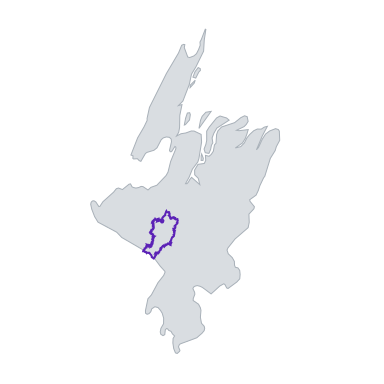 location of Mymensingh, Dhaka, Bangladesh, rotated 212°
{"feature_id": "16705992B54511139091050", "entity_name": "Mymensingh", "entity_type": "district", "adm_level": 2, "iso_a3": "BGD", "parent_name": "Bangladesh", "parent_adm1": "Dhaka", "projection": "equal_earth", "projection_center": [90.455, 24.722], "detail": "fine", "context": "in_parent", "style": "outline", "palette": "violet", "viewbox_px": 384, "rotation_deg": 212, "n_neighbors": 0, "source": "geoboundaries", "source_scale": "gbopen_adm2", "svg_char_len": 9440}
<svg xmlns="http://www.w3.org/2000/svg" viewBox="0 0 384 384"><g transform="rotate(212 192 192)"><path d="M143.4,271.1L143.4,262.0L138.6,243.9L138.8,242.0L137.8,233.3L136.6,228.5L136.0,223.3L139.0,216.0L137.8,214.8L131.3,212.6L130.6,210.6L132.0,203.4L127.4,196.6L125.5,191.5L130.6,175.0L131.9,163.5L131.5,161.3L128.5,158.8L123.1,157.7L119.3,155.6L117.1,152.4L115.3,151.1L112.9,152.0L110.0,150.8L107.5,147.6L105.5,143.7L106.3,139.4L110.3,129.3L111.7,129.0L115.1,131.0L116.4,131.0L118.6,127.0L121.8,115.7L132.6,116.6L135.2,116.3L138.0,115.4L139.4,113.9L140.3,112.1L140.0,110.5L136.7,108.4L135.4,106.8L134.5,102.3L133.5,100.6L127.0,100.3L123.6,98.3L121.7,96.4L118.5,90.2L114.4,85.7L110.5,84.6L109.0,83.1L108.2,80.8L108.7,77.4L110.7,70.9L121.5,56.9L121.8,55.3L121.4,53.5L118.3,51.3L118.1,50.2L119.0,47.2L120.8,46.8L124.5,49.5L128.2,53.8L130.4,57.7L130.5,60.7L133.4,61.3L135.9,62.7L138.4,62.3L140.1,63.0L141.2,62.8L141.6,61.0L139.5,56.6L140.5,54.8L143.0,54.8L144.8,56.5L146.1,59.9L146.3,65.2L149.2,70.0L153.0,73.4L156.0,74.9L159.6,76.0L162.7,75.0L164.2,71.6L163.5,68.6L164.0,66.0L165.3,64.5L167.2,64.6L168.6,66.7L172.8,78.1L171.9,83.2L172.8,97.1L171.8,106.3L172.4,109.8L173.1,110.4L179.5,112.2L188.7,115.8L195.7,117.2L227.5,116.2L234.5,118.0L255.7,116.6L261.5,119.5L267.9,124.3L271.4,127.9L272.1,129.9L271.7,131.6L270.5,132.6L268.3,132.6L263.3,130.3L262.5,131.0L262.4,136.5L258.4,150.4L257.9,154.7L256.5,156.4L252.3,157.2L249.5,165.3L248.4,166.3L245.6,164.6L243.9,164.8L241.7,165.6L239.6,167.5L238.1,169.8L236.4,170.6L230.4,170.4L229.3,174.2L225.4,179.1L222.7,192.2L222.9,196.2L226.3,206.6L228.6,220.1L229.5,221.5L230.6,221.6L230.7,215.4L231.8,214.6L233.1,215.3L236.0,223.7L237.6,225.8L240.1,226.4L242.9,225.1L245.0,222.7L245.8,220.0L245.1,210.9L246.4,207.2L251.2,201.7L251.9,200.0L251.6,190.9L253.4,190.6L255.9,191.3L259.0,189.1L259.9,189.1L261.2,191.4L263.4,191.0L266.8,209.1L267.2,221.9L268.0,229.0L269.1,230.6L272.9,241.2L276.5,278.9L277.1,302.8L278.5,311.0L277.3,312.8L276.2,313.2L275.0,310.3L267.1,304.2L265.2,304.8L262.5,308.4L261.5,311.7L261.9,316.3L262.8,320.8L264.7,323.4L264.9,326.3L267.0,337.1L266.4,337.2L262.1,327.3L256.8,317.6L255.0,300.3L254.9,291.8L251.3,281.8L247.9,264.3L249.3,258.1L246.8,260.8L242.9,250.4L236.7,240.1L234.9,235.6L234.8,231.2L232.2,235.6L228.6,238.7L224.9,243.4L222.5,244.8L214.8,245.7L210.3,239.4L203.9,224.1L203.0,220.6L203.8,211.6L202.3,203.1L201.9,195.6L200.7,196.3L200.3,198.4L200.5,201.5L200.1,204.2L189.3,202.4L193.9,206.9L198.8,208.0L201.4,212.0L201.6,218.6L196.7,222.7L197.1,226.1L200.0,230.2L196.5,231.3L195.6,234.0L195.5,237.9L197.9,243.8L197.5,246.1L201.6,253.8L202.4,257.6L201.4,262.8L192.6,273.4L190.0,280.9L187.8,284.5L185.1,285.1L181.8,281.6L181.8,277.9L182.5,275.0L187.0,267.9L184.6,268.9L177.4,274.7L176.1,270.0L175.2,265.6L175.2,260.3L178.6,252.3L174.7,256.3L173.6,261.3L174.1,267.1L173.6,271.3L172.1,276.7L170.0,280.0L166.6,282.0L165.1,285.3L162.9,287.6L162.1,276.7L159.7,261.9L159.2,265.1L160.4,274.2L160.3,280.2L158.5,284.9L154.7,290.0L151.9,290.7L150.2,289.9L145.0,282.3L144.5,275.1L143.4,271.1ZM208.5,271.3L201.9,273.1L198.6,272.6L204.8,259.3L204.6,253.4L203.6,248.5L200.4,244.7L200.3,241.9L198.8,238.1L198.1,233.7L201.6,232.3L204.5,234.8L205.5,239.8L206.9,243.6L211.8,251.4L211.8,256.1L210.4,267.8L208.5,271.3ZM222.5,267.0L218.5,270.5L219.8,249.6L222.8,257.4L223.5,261.6L222.5,267.0ZM237.8,256.5L236.0,258.0L234.4,256.7L232.3,251.8L233.3,245.6L234.0,244.7L236.5,251.1L237.8,256.5ZM252.7,300.8L250.4,301.0L249.3,299.5L249.8,297.4L249.2,290.6L252.1,289.9L253.2,295.6L252.7,300.8ZM250.1,281.7L248.5,288.5L247.8,285.5L248.9,279.5L250.1,281.7ZM203.3,227.3L204.0,229.4L200.3,226.6L199.4,224.6L201.0,223.6L203.3,227.3Z" fill="#d9dde1" stroke="#a8b0b8" stroke-width="1"/><path d="M203.6,162.2L203.6,161.6L203.3,161.1L203.2,159.8L202.7,158.3L202.4,158.1L202.7,157.4L202.9,157.2L203.0,156.3L203.2,156.2L203.3,155.8L203.2,155.5L203.4,154.8L203.4,154.2L203.1,153.8L203.2,153.6L203.0,153.3L202.4,153.2L201.7,152.8L201.2,152.7L201.1,152.3L200.9,152.1L200.7,151.0L201.1,150.7L201.1,150.4L201.3,150.2L201.9,150.1L202.3,150.3L202.3,150.5L202.9,151.1L203.1,151.0L203.1,151.3L203.5,151.2L203.6,151.4L203.9,151.4L204.1,151.7L204.6,151.7L204.8,151.3L204.6,151.0L204.8,151.0L204.9,150.6L204.8,150.4L204.8,150.0L204.9,149.9L205.0,149.6L205.4,149.5L205.6,149.2L205.6,150.1L205.8,150.0L205.8,150.3L206.0,150.5L206.1,151.1L206.3,151.5L206.8,150.8L206.8,150.6L207.0,150.1L207.1,149.6L207.4,149.9L207.6,149.4L208.1,149.6L208.4,149.5L209.0,149.7L208.9,149.1L209.1,149.1L209.2,148.7L209.4,148.5L209.3,148.0L209.4,147.7L209.5,147.8L209.4,148.1L209.5,148.0L209.6,147.7L209.7,147.1L209.6,146.8L209.7,146.5L209.9,146.4L210.0,146.0L209.9,145.7L209.8,146.0L209.4,145.7L209.5,145.9L209.5,146.0L209.2,146.1L209.1,146.3L208.9,146.2L209.0,145.9L208.8,146.0L208.8,145.8L208.9,145.7L209.0,145.3L209.0,144.8L208.6,144.7L208.3,144.2L208.3,144.5L208.2,144.6L207.6,144.5L207.7,143.7L207.6,143.2L207.1,143.2L207.0,142.6L206.6,142.6L206.6,142.4L206.3,142.6L205.6,141.7L205.5,141.3L205.6,140.8L205.7,140.7L205.8,140.4L205.6,140.0L205.3,140.1L205.3,139.4L205.5,139.3L205.8,138.6L206.1,138.7L206.4,138.5L206.3,137.9L206.0,137.9L206.0,137.4L205.3,137.1L205.3,136.5L205.4,136.3L205.7,136.4L205.8,136.7L206.2,136.6L206.3,136.3L206.3,136.1L206.1,135.9L205.7,135.7L205.9,135.2L205.5,135.1L205.2,134.9L204.6,135.0L204.4,134.9L204.3,135.1L203.5,135.5L203.2,135.1L202.6,135.3L202.5,134.9L202.1,134.8L202.0,134.3L201.7,134.6L201.5,134.4L201.0,134.5L201.0,134.1L200.9,133.9L200.6,134.4L200.3,134.5L200.4,134.2L200.9,133.8L201.1,133.2L201.3,133.3L201.3,133.0L200.9,132.8L200.7,133.1L200.6,132.9L200.5,133.0L200.2,132.9L200.2,132.7L200.6,132.6L200.5,132.3L200.7,132.2L200.5,131.5L200.7,131.4L200.5,131.2L200.5,130.8L199.5,130.8L199.3,130.5L199.2,130.3L199.4,130.1L199.4,129.8L199.5,129.7L199.4,129.3L199.2,129.2L199.3,128.9L199.2,128.7L199.4,128.4L199.6,128.4L199.6,128.2L199.4,128.2L198.9,127.9L199.1,127.8L199.1,127.4L198.9,127.7L198.6,127.8L198.6,127.6L198.4,127.5L198.5,127.0L198.6,126.4L198.8,126.1L198.6,126.2L198.4,125.7L198.1,125.8L198.2,125.3L198.1,125.2L197.7,124.9L197.8,124.6L198.1,124.2L197.9,124.0L197.8,123.7L198.0,123.5L198.2,124.2L198.3,124.1L198.4,123.6L198.6,123.9L198.9,123.6L199.2,124.2L199.4,124.5L199.7,124.3L199.7,123.9L199.3,123.7L199.2,123.4L199.3,123.3L199.7,123.4L199.8,123.0L200.3,123.3L200.6,123.2L200.8,123.3L201.2,123.7L201.4,123.4L201.6,123.7L202.0,123.6L201.8,123.5L202.0,123.4L201.8,123.2L201.8,122.9L202.0,122.7L201.9,122.5L202.2,122.4L202.1,122.1L201.9,122.0L201.9,121.8L202.0,121.8L202.0,121.6L201.8,121.4L201.6,121.5L201.6,121.8L201.3,122.1L201.3,121.4L201.5,121.2L201.2,120.9L201.7,120.4L201.6,120.2L201.8,119.9L201.7,119.6L201.8,119.5L201.7,119.4L201.8,119.1L202.0,119.0L201.9,118.9L202.1,118.6L201.9,118.0L202.1,117.8L202.1,117.5L202.3,117.1L202.2,116.6L202.2,116.4L202.1,116.1L201.9,116.3L201.2,116.2L201.2,116.4L200.9,116.3L200.8,116.5L200.6,116.4L200.0,116.5L199.9,116.3L198.7,116.5L198.3,116.3L198.3,116.6L197.9,116.5L197.4,117.0L196.1,117.4L196.1,117.8L195.8,117.8L194.9,117.5L194.4,117.1L193.1,116.9L192.3,116.2L191.6,115.4L191.1,115.4L190.9,115.6L189.3,115.2L189.1,115.4L189.2,115.8L189.0,116.6L189.0,117.0L189.1,117.3L189.4,117.7L189.4,118.2L189.2,118.3L189.1,119.6L189.1,119.8L189.1,120.1L189.7,120.4L190.0,120.9L190.4,120.5L190.4,120.8L190.7,120.8L190.7,121.1L190.4,121.0L189.9,121.1L190.0,121.8L189.8,122.0L189.6,122.2L189.4,122.4L189.2,122.5L188.9,121.9L188.7,121.9L188.6,122.2L188.5,122.5L188.2,122.4L188.2,122.6L188.0,122.9L188.1,123.3L188.0,123.8L188.3,124.1L188.3,124.6L188.2,125.5L188.1,125.9L187.8,126.3L187.8,126.5L188.1,126.8L188.2,126.6L188.4,126.7L188.3,126.9L188.8,127.2L188.9,127.7L188.6,127.8L188.1,127.6L188.0,127.8L188.1,128.2L188.1,128.4L188.5,128.8L188.3,129.8L188.2,130.0L188.2,130.4L188.2,130.7L187.6,131.0L186.6,130.8L186.6,131.0L186.8,131.1L186.8,131.3L186.5,131.4L186.4,131.8L186.1,131.8L186.7,131.8L186.6,132.0L186.8,132.1L186.3,132.3L186.3,132.5L186.3,132.9L186.0,133.1L186.2,133.5L186.4,133.6L186.2,133.8L186.0,133.7L185.6,133.7L185.2,134.4L185.3,134.6L185.2,134.9L185.2,135.4L184.9,135.4L184.7,135.6L184.5,136.1L184.4,136.1L184.3,135.9L183.9,135.6L183.6,135.6L183.5,135.9L183.2,135.9L182.6,135.6L182.1,135.7L182.7,136.6L182.7,137.2L183.0,137.2L182.8,137.2L182.9,137.4L182.6,137.5L182.6,137.8L182.7,138.2L184.1,138.1L184.3,138.3L184.0,139.2L184.3,140.0L184.2,140.5L184.5,141.0L184.6,141.5L184.6,142.0L184.8,142.6L184.8,143.3L184.7,143.9L184.4,144.2L184.2,144.2L184.1,144.9L184.0,145.2L184.3,145.6L184.5,146.3L184.9,146.3L184.8,146.7L185.0,147.6L185.3,148.2L185.6,148.2L185.6,148.3L185.8,149.2L186.0,148.9L186.3,148.9L186.5,149.4L187.1,149.6L186.9,150.0L187.0,150.2L187.3,150.1L187.6,150.5L187.8,150.9L188.0,150.9L188.1,150.7L188.4,151.0L187.7,151.6L187.6,152.0L187.2,152.0L187.2,152.6L187.5,152.7L187.5,153.4L187.9,154.1L188.3,154.4L188.6,154.3L187.8,157.7L188.0,158.3L188.6,158.4L188.5,158.8L188.9,159.7L188.9,160.2L189.2,160.6L189.8,160.7L190.1,161.2L191.4,160.1L191.9,160.4L192.3,160.4L192.4,160.1L192.7,160.1L192.6,160.7L192.8,160.8L192.8,161.0L193.4,160.8L193.5,160.6L193.8,160.7L194.0,161.0L194.3,160.9L194.6,160.2L195.0,159.7L195.2,159.8L195.3,159.6L195.2,158.6L195.8,158.0L196.4,158.1L196.9,158.6L197.0,158.9L197.4,159.1L197.5,159.4L197.8,159.3L198.4,159.5L198.8,159.9L199.1,159.9L198.8,160.7L199.7,161.4L199.6,161.8L200.3,162.3L200.7,162.8L201.0,162.8L201.8,161.9L202.5,161.7L202.9,161.7L203.6,162.2Z" fill="none" stroke="#5b21b6" stroke-width="2"/></g></svg>